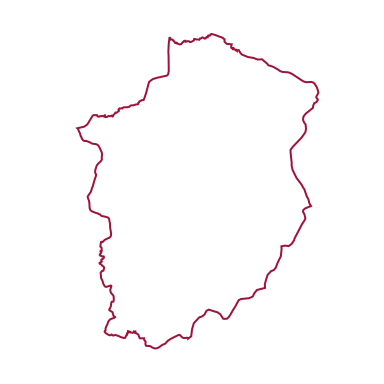 outline of Saravane, Saravan, Laos, rotated 95°
{"feature_id": "54806243B98474683656009", "entity_name": "Saravane", "entity_type": "district", "adm_level": 2, "iso_a3": "LAO", "parent_name": "Laos", "parent_adm1": "Saravan", "projection": "orthographic", "projection_center": [106.381, 15.692], "detail": "fine", "context": "isolated", "style": "outline", "palette": "rose", "viewbox_px": 384, "rotation_deg": 95, "n_neighbors": 0, "source": "geoboundaries", "source_scale": "gbopen_adm2", "svg_char_len": 5946}
<svg xmlns="http://www.w3.org/2000/svg" viewBox="0 0 384 384"><g transform="rotate(95 192 192)"><path d="M290.7,122.3L287.6,121.2L283.9,118.7L281.2,110.9L277.5,111.4L272.5,110.5L267.9,109.4L263.9,106.3L262.7,103.8L260.3,102.0L254.9,100.5L248.3,97.9L241.0,97.8L238.3,98.2L237.3,94.6L237.5,91.0L235.0,88.2L231.1,86.1L229.2,85.7L214.7,79.7L210.5,77.5L208.7,76.8L207.4,77.0L204.4,78.1L202.0,79.7L200.4,79.6L198.9,78.3L198.3,77.5L195.6,72.2L194.2,73.3L193.1,74.0L189.3,75.4L185.5,77.7L179.5,80.3L177.7,81.9L176.4,82.6L174.2,84.3L168.9,89.1L161.3,93.7L157.6,94.9L155.9,95.2L154.3,95.2L148.0,96.5L141.6,97.6L138.4,95.7L128.8,88.0L125.8,86.1L122.6,84.3L119.3,83.9L114.9,84.7L113.1,86.3L110.9,87.5L110.0,87.7L107.3,87.6L105.0,86.2L103.8,85.3L97.7,78.9L95.1,78.7L92.9,78.0L91.7,76.0L90.8,75.4L89.3,74.7L88.7,74.8L87.8,75.8L87.0,76.4L86.3,76.5L82.1,74.7L78.5,76.0L77.0,76.7L73.8,78.9L72.4,80.8L71.9,82.7L72.7,87.5L72.3,90.0L71.6,91.7L65.9,102.2L65.1,104.0L64.6,105.6L64.4,107.2L64.5,111.6L64.4,112.9L64.0,114.1L63.6,115.4L62.8,116.4L60.1,122.3L59.1,126.8L58.8,127.4L57.8,128.0L53.7,133.9L54.3,137.8L53.9,139.9L53.1,142.1L52.7,147.9L50.7,154.4L48.8,156.3L48.4,156.4L47.8,157.0L46.6,157.7L46.8,159.4L47.5,159.5L46.4,160.4L46.4,160.6L46.9,160.9L46.2,161.9L46.2,163.7L45.9,163.8L45.3,163.0L45.0,163.1L44.8,163.3L45.0,164.2L45.4,164.7L45.2,165.2L44.7,165.5L44.0,165.6L41.4,165.4L41.6,166.4L41.3,167.3L41.5,169.0L41.4,170.2L40.7,171.4L39.2,172.8L37.3,172.8L37.0,172.9L36.8,173.5L35.8,174.7L35.3,176.2L34.8,178.5L34.2,180.1L33.3,183.9L32.9,185.9L32.9,186.4L33.4,186.8L33.5,187.3L34.1,187.3L34.7,187.8L34.8,188.0L34.6,189.2L34.8,189.6L36.5,189.8L36.3,190.7L36.4,191.1L36.9,191.4L37.6,191.6L38.1,192.6L38.0,193.1L37.4,193.8L37.1,195.3L38.1,196.2L38.2,197.2L38.7,197.3L39.0,197.7L39.7,198.0L39.5,199.0L39.7,200.9L39.3,202.6L39.4,203.2L40.8,203.3L42.3,205.5L42.6,206.2L42.8,207.4L42.1,208.1L42.1,209.4L42.9,211.2L42.6,211.5L41.9,211.7L41.9,212.1L42.4,213.3L43.2,213.4L43.6,214.4L45.5,215.5L46.1,217.1L45.4,219.7L44.8,219.9L44.6,220.4L44.6,220.8L45.1,221.0L44.8,222.1L43.9,222.5L42.9,223.6L42.7,224.2L42.0,224.5L41.8,225.8L42.1,226.7L41.8,226.9L41.4,226.7L40.5,227.1L40.3,227.4L40.4,227.9L46.0,228.1L54.1,227.8L58.5,227.2L73.5,225.7L76.8,226.0L78.2,227.1L81.3,236.9L83.0,241.0L85.9,244.2L87.2,244.6L96.6,246.2L101.9,247.4L104.5,248.2L104.9,249.9L106.4,252.4L107.3,252.5L108.0,253.3L109.0,253.3L109.4,253.6L109.7,255.7L110.3,256.7L110.7,257.9L111.0,260.1L111.6,261.1L112.6,261.8L112.8,262.9L113.2,263.9L113.5,267.2L113.9,268.0L114.8,268.5L114.6,269.4L115.2,270.8L115.0,271.5L116.2,272.4L116.6,272.4L117.2,271.9L117.8,272.0L119.6,274.1L119.5,275.2L120.7,275.7L122.1,277.0L123.5,277.3L123.7,277.6L123.7,277.9L123.0,278.4L122.9,278.9L123.6,279.9L123.6,281.8L124.6,283.2L125.0,284.6L124.9,284.9L123.5,285.2L123.1,285.5L123.4,285.9L124.4,286.5L124.0,287.8L124.4,288.8L124.4,290.2L124.9,290.6L125.1,291.0L124.9,292.7L123.9,293.1L123.7,293.4L124.0,296.7L124.6,297.6L133.3,301.9L134.2,302.6L136.3,305.1L138.5,311.8L139.2,310.9L141.6,309.8L143.1,308.8L146.1,307.7L147.2,306.8L148.2,306.5L149.1,305.9L150.0,304.9L150.5,303.9L150.4,301.6L151.5,297.8L152.3,296.4L152.5,295.6L152.7,292.2L153.0,290.7L153.7,289.6L155.3,288.3L160.3,285.4L161.8,285.0L162.8,284.8L165.1,285.0L167.2,284.6L168.2,284.9L169.6,285.8L171.2,287.4L173.8,289.2L178.3,290.2L180.0,290.3L181.3,290.1L182.7,289.2L183.4,289.0L184.8,289.2L187.8,290.0L195.6,291.5L196.6,292.0L198.3,292.2L200.9,292.9L205.3,295.4L206.0,295.5L207.2,295.1L209.3,294.0L211.3,293.4L216.7,292.6L218.3,292.0L219.1,291.4L219.9,290.2L221.2,286.1L221.6,283.8L222.1,282.9L222.2,281.9L223.1,281.0L223.8,279.8L224.1,276.6L224.7,273.7L225.3,272.8L226.0,272.3L230.9,270.9L234.7,270.4L240.8,268.9L242.3,268.9L243.5,269.3L244.6,270.1L245.5,271.9L247.4,274.9L249.6,276.7L249.7,277.3L249.5,277.9L249.6,278.2L250.0,278.3L254.1,278.6L254.7,278.2L255.1,277.5L255.4,277.3L258.1,276.8L258.5,276.9L258.6,277.7L258.9,278.0L259.2,278.0L259.4,277.2L259.6,277.0L260.6,277.3L262.1,278.3L262.7,278.4L263.5,277.8L263.5,276.8L264.1,275.9L263.8,274.7L263.9,274.3L264.7,274.0L265.5,274.2L266.1,274.6L266.9,275.9L267.4,276.4L268.2,276.4L269.0,275.8L269.3,275.8L270.3,277.5L270.8,277.9L271.2,277.9L271.6,277.5L272.0,276.2L273.2,275.1L274.2,273.4L275.5,272.9L278.1,273.4L278.4,274.7L280.4,276.0L280.8,276.0L283.5,275.3L285.2,275.2L286.5,274.6L288.1,273.5L290.6,272.6L292.0,271.8L293.5,270.7L293.9,270.1L294.0,269.1L292.3,265.0L292.4,264.3L293.1,264.1L295.9,264.8L297.4,264.8L298.5,264.4L299.8,263.7L301.7,261.6L302.7,261.0L306.4,260.5L308.1,260.8L308.3,262.4L309.1,262.7L312.8,262.9L314.6,263.4L316.2,264.2L317.0,263.9L318.7,260.7L322.3,259.4L323.1,257.9L323.5,257.7L324.4,259.1L325.6,261.8L326.6,262.9L328.1,264.0L331.4,264.8L332.9,265.5L335.2,266.2L337.5,266.1L337.9,266.6L338.7,266.9L340.1,265.7L341.5,262.9L341.9,261.4L341.7,260.6L341.0,259.8L341.2,259.2L341.7,258.7L341.9,258.0L341.1,256.2L341.7,253.1L342.5,250.9L343.4,247.4L343.0,245.8L342.5,245.7L342.0,245.4L341.3,245.4L340.3,244.5L339.8,244.6L339.6,244.3L338.7,244.4L338.5,243.9L338.0,244.0L337.7,243.5L336.2,243.6L336.5,242.1L337.1,241.7L336.9,241.2L337.4,240.8L337.4,240.2L337.2,239.6L337.4,239.0L337.0,238.4L337.2,237.3L336.7,237.5L336.0,237.5L336.3,236.8L336.0,236.3L336.8,236.2L336.9,235.8L337.4,235.6L338.4,233.5L338.9,233.0L342.1,231.4L342.3,231.0L341.9,227.0L343.6,226.7L345.3,225.1L347.4,225.2L348.6,224.8L349.2,224.4L349.3,223.7L349.1,220.8L349.3,220.0L350.3,218.2L350.8,216.9L351.1,215.3L350.8,213.7L349.8,211.6L347.0,208.4L345.4,205.5L342.4,203.2L339.8,199.9L335.7,193.1L335.4,192.3L335.9,191.0L337.1,189.9L338.0,188.4L338.2,186.9L337.6,184.1L337.7,183.1L338.4,183.0L335.8,180.2L328.7,180.0L322.4,178.7L316.3,173.9L315.0,171.0L313.0,168.9L309.1,167.2L307.7,165.0L309.1,159.0L309.6,156.1L311.4,153.1L315.5,149.9L315.5,148.0L315.2,146.2L313.3,144.4L310.5,142.9L304.9,140.3L302.5,139.0L295.6,136.0L294.3,133.7L292.9,126.3L292.0,124.3L290.7,122.3Z" fill="none" stroke="#9f1239" stroke-width="2"/></g></svg>